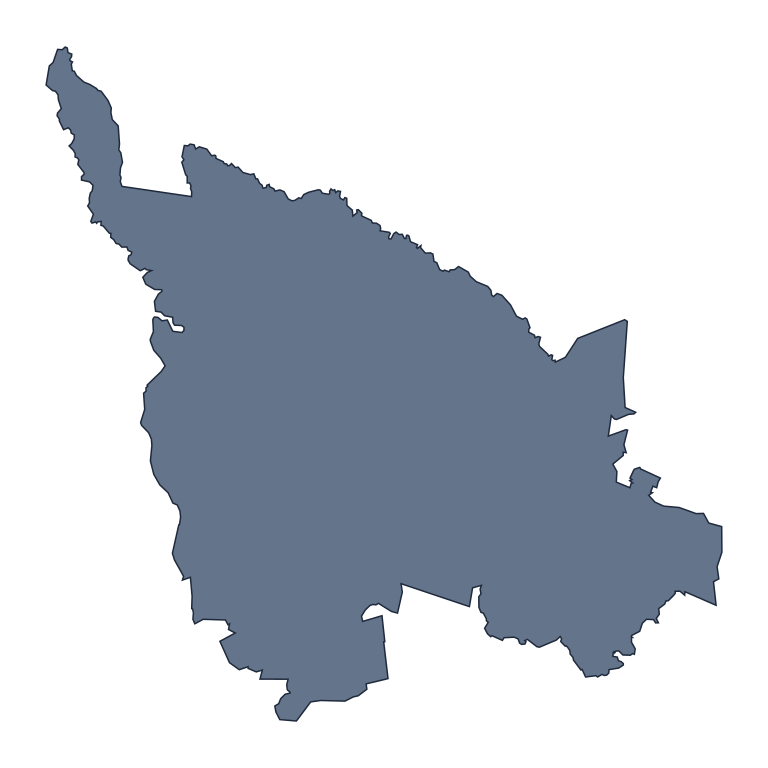 Aculco, México, Mexico
{"feature_id": "50627088B12857045520905", "entity_name": "Aculco", "entity_type": "district", "adm_level": 2, "iso_a3": "MEX", "parent_name": "Mexico", "parent_adm1": "México", "projection": "robinson", "projection_center": [-99.832, 20.136], "detail": "fine", "context": "isolated", "style": "filled", "palette": "slate", "viewbox_px": 768, "rotation_deg": 0, "n_neighbors": 0, "source": "geoboundaries", "source_scale": "gbopen_adm2", "svg_char_len": 6033}
<svg xmlns="http://www.w3.org/2000/svg" viewBox="0 0 768 768"><path d="M608.8,673.0L609.0,669.6L618.7,668.1L623.3,665.1L623.3,663.5L621.1,661.6L618.4,660.7L617.3,657.1L612.9,656.3L613.3,652.4L614.0,651.7L614.7,652.9L615.7,651.2L618.8,650.9L622.9,655.0L630.4,655.2L632.6,653.6L634.4,654.3L635.2,648.8L631.5,642.2L631.5,637.4L632.3,637.4L631.4,636.7L631.6,635.5L639.7,631.3L642.4,623.2L646.5,619.3L653.5,619.6L655.6,622.9L658.4,622.8L656.3,618.4L659.3,614.2L658.7,608.6L664.6,604.2L666.1,600.8L668.2,600.8L673.6,595.4L675.3,593.2L675.1,591.3L680.0,591.2L684.7,595.2L684.9,591.7L716.1,605.3L713.5,581.7L718.8,578.9L717.1,566.7L721.9,552.2L721.7,526.6L708.7,523.0L703.5,513.4L696.1,513.6L679.1,507.5L663.7,506.1L654.9,502.1L648.7,495.3L652.4,492.7L650.6,492.3L652.9,486.2L656.7,487.7L658.2,481.8L660.4,478.1L640.7,469.0L639.8,467.4L634.4,469.2L633.5,470.6L630.0,478.1L631.9,479.6L629.7,480.6L632.6,482.9L631.3,483.0L629.9,487.7L616.3,482.1L616.9,471.5L612.8,464.1L623.2,455.5L623.2,452.2L626.2,452.7L623.9,444.7L627.6,430.1L625.9,429.7L608.3,436.1L611.3,415.6L614.4,419.0L616.4,419.5L628.5,414.4L634.0,413.9L635.7,412.3L625.1,407.5L623.3,377.7L627.3,321.4L624.7,319.7L577.7,338.4L565.4,357.3L555.3,362.1L555.1,360.2L552.9,360.6L551.8,359.7L552.6,355.4L551.2,354.8L548.6,356.1L547.8,354.2L539.6,346.5L538.8,344.0L540.5,337.3L538.1,336.5L535.1,337.7L534.5,335.2L528.7,332.2L528.9,329.0L530.0,327.8L526.9,319.1L525.2,317.9L522.5,319.2L516.5,316.2L510.5,304.9L501.8,295.2L497.0,293.5L493.4,296.6L491.7,295.1L490.9,290.3L487.7,286.4L476.3,281.7L470.2,276.2L468.3,272.1L458.5,266.5L454.7,269.6L450.1,269.9L449.1,271.7L444.4,270.1L443.1,271.3L439.6,269.5L436.8,262.7L434.0,261.4L432.9,254.1L430.6,252.9L425.3,253.1L420.6,247.7L420.9,245.6L417.4,248.4L416.5,247.5L417.6,244.7L410.5,241.7L409.0,236.1L407.8,235.2L406.6,235.3L405.8,238.6L404.4,238.4L402.3,234.3L399.1,234.5L396.1,232.1L393.8,233.6L391.0,239.0L388.8,238.7L388.7,236.7L390.3,233.5L389.3,232.3L380.1,230.8L380.7,228.5L380.0,225.5L376.5,223.2L372.4,223.0L371.3,220.4L362.2,216.2L361.5,215.4L361.9,213.3L358.4,209.7L356.7,210.0L357.1,212.7L352.9,216.1L352.3,210.1L347.0,205.6L346.7,198.2L344.9,197.6L343.4,199.9L340.4,198.4L339.6,196.3L340.5,191.4L337.7,190.9L335.7,192.6L334.7,189.7L332.9,190.5L331.0,188.9L329.6,191.2L329.8,193.4L328.7,194.3L322.3,193.2L320.4,190.2L318.6,189.7L308.8,192.2L303.8,194.5L301.2,198.5L298.8,197.8L294.8,200.4L291.9,200.8L288.2,198.9L284.1,191.7L279.9,189.9L275.0,191.1L273.9,188.8L269.6,186.7L269.2,184.4L266.7,185.3L266.2,187.6L262.9,188.2L262.1,185.3L259.5,183.2L257.6,178.9L255.9,178.9L253.8,173.8L250.5,174.6L242.9,172.5L238.1,167.1L235.3,167.6L231.5,163.5L229.5,165.5L227.6,165.7L226.8,164.0L224.1,163.5L223.3,161.7L216.0,158.4L215.8,155.9L214.8,155.2L211.6,155.7L206.8,149.1L199.3,146.8L195.6,149.0L194.1,144.8L190.1,144.1L188.0,145.8L184.3,145.5L182.0,156.8L183.9,159.8L181.8,162.2L185.7,174.8L187.2,176.3L187.2,183.0L189.6,182.9L191.0,185.8L190.5,188.3L191.7,191.7L191.5,196.6L122.0,186.4L120.3,181.7L121.0,177.3L119.9,175.1L120.5,167.9L122.5,162.3L120.8,152.8L118.8,149.9L119.5,144.0L118.2,125.9L112.3,119.6L110.9,112.6L111.3,108.0L108.0,100.5L101.1,91.2L97.7,90.3L96.7,88.7L89.7,84.4L83.9,82.1L76.5,75.5L74.3,71.2L72.3,70.8L71.3,64.1L72.5,61.9L69.9,60.6L69.7,59.4L71.5,56.8L71.8,54.1L68.0,52.6L67.3,48.0L65.2,47.0L62.2,49.7L57.6,49.4L53.1,62.5L49.3,65.9L46.1,85.0L52.5,90.6L55.4,91.2L58.0,94.8L58.4,99.8L61.3,108.6L57.5,113.1L57.1,115.8L59.3,118.9L59.4,121.1L63.6,129.7L68.2,127.8L70.5,129.9L71.3,133.2L74.2,134.8L74.2,138.8L71.7,143.5L69.1,145.9L73.6,150.6L75.2,153.6L75.1,157.0L77.5,157.9L78.8,159.8L77.8,164.4L84.1,172.7L84.1,174.2L81.5,176.6L81.5,180.1L89.6,181.9L93.0,185.4L92.2,190.8L90.3,193.1L89.2,198.4L89.5,202.8L87.7,206.0L93.4,214.2L90.8,221.4L92.0,223.1L95.6,222.0L96.7,223.3L97.5,221.9L101.2,221.5L100.9,225.3L103.2,226.0L109.3,233.2L110.9,233.4L110.7,237.4L113.7,239.6L116.1,243.5L119.0,244.1L121.8,247.1L126.9,247.0L128.1,250.4L131.8,252.1L131.0,254.8L128.9,255.7L128.2,258.1L128.1,260.2L130.2,263.8L140.2,270.7L145.1,268.4L146.3,269.7L151.5,270.6L147.3,272.5L142.8,277.3L145.8,284.2L154.7,289.5L161.7,289.7L161.9,291.3L158.4,294.1L154.4,301.3L155.6,311.3L161.1,312.1L164.5,315.7L172.7,317.3L173.0,322.7L174.6,325.2L181.6,325.5L184.0,327.3L183.9,330.5L182.0,332.5L172.8,331.3L167.3,320.0L162.0,320.8L158.0,317.4L154.5,317.0L153.5,318.0L152.8,319.7L153.4,331.6L150.2,339.4L150.5,341.5L153.8,350.3L160.7,358.2L165.1,365.8L161.3,371.4L147.1,385.1L147.7,386.4L146.0,387.7L146.0,391.2L143.6,393.2L144.7,409.4L140.6,422.6L141.6,425.4L148.7,432.8L151.4,439.2L151.9,445.5L150.4,460.9L153.8,474.4L159.8,484.9L168.1,492.7L172.9,503.1L177.3,505.0L180.0,511.2L180.6,517.2L179.5,524.5L178.8,524.8L172.4,553.3L174.5,560.0L183.6,576.3L182.4,580.1L190.4,577.3L192.1,596.3L191.7,608.7L192.6,609.0L193.4,612.9L192.9,619.2L194.8,623.8L203.2,619.3L225.5,620.0L228.0,624.8L229.5,623.9L228.5,629.5L235.2,633.0L219.9,641.3L229.5,662.7L239.3,669.7L248.1,666.7L248.1,668.4L256.3,671.9L262.3,670.1L260.0,679.1L288.1,679.2L286.7,684.7L287.3,689.8L290.0,692.1L290.0,693.1L285.2,694.2L280.7,698.6L278.7,703.7L274.8,706.0L275.9,712.0L279.8,719.6L296.4,721.0L310.7,701.9L320.6,700.5L345.0,701.1L353.3,696.9L358.2,695.8L366.9,689.2L366.1,683.9L388.0,678.6L383.7,641.8L384.8,641.7L382.0,615.7L362.7,621.4L361.5,616.1L365.3,610.0L369.9,605.5L372.5,604.5L376.1,604.8L378.4,603.3L391.3,611.4L397.5,613.1L402.3,592.1L401.1,583.7L469.4,606.6L472.6,587.8L481.4,585.4L480.1,589.1L481.0,593.8L478.8,596.8L478.9,607.3L481.0,612.4L483.3,613.1L486.3,618.7L486.4,620.8L488.2,622.3L484.6,628.3L487.5,633.8L490.7,636.7L491.9,635.7L502.4,640.4L504.1,637.7L514.2,637.2L518.1,638.9L519.6,643.1L521.6,644.4L525.0,644.0L526.0,641.7L524.8,640.6L527.4,639.4L536.9,646.7L539.4,647.2L556.3,640.1L560.2,636.5L561.6,638.9L560.7,641.5L565.2,646.2L566.2,645.8L567.7,647.4L569.8,650.5L570.2,654.1L573.1,657.5L573.4,660.0L580.9,670.0L582.1,669.4L585.6,677.0L595.9,675.7L597.6,677.0L602.0,674.4L604.4,675.5L606.7,675.1L608.8,673.0Z" fill="#64748b" stroke="#1e293b" stroke-width="1.5"/></svg>